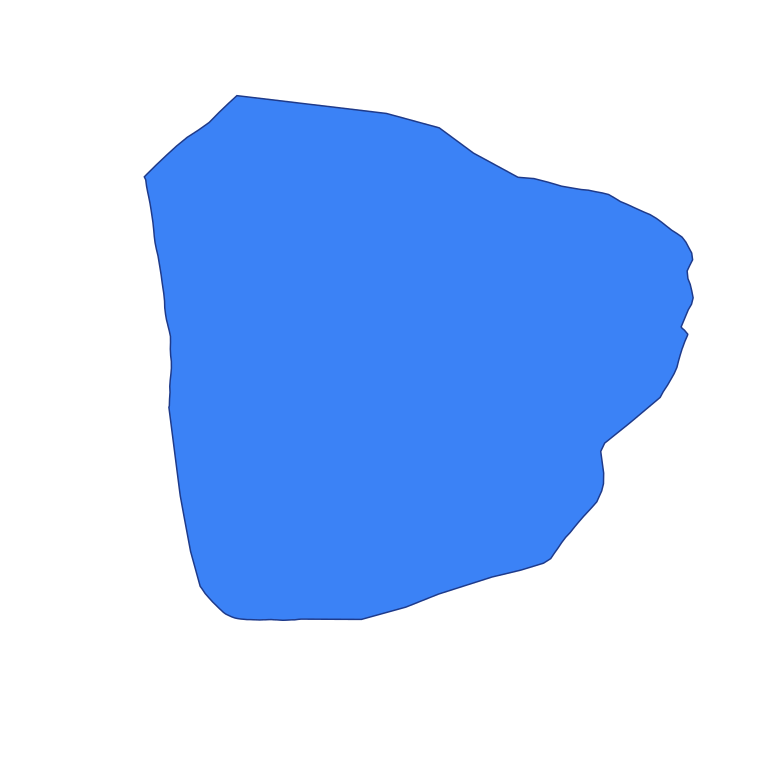 Markhah Al Olya, Shabwah, Yemen (Mercator projection), rotated 14°
{"feature_id": "15242507B22375918016424", "entity_name": "Markhah Al Olya", "entity_type": "district", "adm_level": 2, "iso_a3": "YEM", "parent_name": "Yemen", "parent_adm1": "Shabwah", "projection": "mercator", "projection_center": [45.924, 14.502], "detail": "fine", "context": "isolated", "style": "filled", "palette": "blue", "viewbox_px": 768, "rotation_deg": 14, "n_neighbors": 0, "source": "geoboundaries", "source_scale": "gbopen_adm2", "svg_char_len": 2258}
<svg xmlns="http://www.w3.org/2000/svg" viewBox="0 0 768 768"><g transform="rotate(14 384 384)"><path d="M278.9,641.9L280.4,642.7L283.2,644.3L283.6,644.5L286.1,645.5L289.5,646.2L292.7,646.8L295.9,647.1L298.7,647.0L301.8,646.7L305.6,646.1L308.3,645.7L311.0,645.0L314.5,644.3L317.7,643.6L320.6,643.0L323.2,642.2L325.9,641.5L328.8,640.6L331.7,639.8L334.3,639.4L337.0,638.8L339.9,638.3L343.1,637.7L345.9,636.9L348.5,636.1L351.4,635.2L354.5,634.4L357.5,633.2L360.4,632.2L419.0,617.9L459.2,595.2L487.5,574.8L535.4,545.2L562.1,531.3L582.2,519.2L588.0,513.1L590.2,507.0L592.6,500.9L594.7,495.0L597.3,488.9L600.5,483.2L603.7,476.2L606.6,470.2L609.6,464.3L612.8,458.5L615.8,453.0L619.0,446.8L619.9,441.7L621.1,435.1L621.1,427.7L618.7,417.3L610.6,397.0L612.4,388.0L632.3,361.8L655.2,330.2L656.8,323.9L659.4,316.5L661.3,309.9L663.0,303.8L664.2,297.0L664.2,290.5L664.4,284.1L664.8,277.0L664.9,276.8L665.6,270.1L666.7,263.6L666.7,262.2L662.5,259.1L659.8,257.8L658.5,256.7L661.3,238.3L663.1,232.2L663.1,225.6L660.2,219.4L657.0,213.2L653.4,208.2L650.8,201.0L652.0,194.9L653.4,188.8L650.9,182.5L646.7,177.9L642.6,173.3L637.7,169.4L631.8,167.1L626.0,165.2L620.0,162.5L614.1,159.8L612.9,159.3L608.2,157.4L601.3,155.3L594.9,154.3L588.8,153.2L582.8,152.1L580.9,151.7L576.0,150.8L569.3,149.8L563.0,147.8L556.1,145.8L549.6,145.8L543.3,146.2L535.4,146.5L528.3,147.6L520.7,148.2L508.4,149.1L502.1,148.8L494.2,148.5L479.5,148.4L479.3,148.5L464.0,151.0L414.9,138.3L375.7,122.1L320.9,120.9L171.5,139.8L165.3,149.2L158.3,160.3L151.1,172.5L142.6,182.4L133.4,192.2L125.2,203.2L117.7,214.5L110.1,226.4L103.4,237.4L101.3,241.0L103.4,243.5L105.7,249.4L108.2,254.8L110.6,259.7L113.2,265.2L115.7,271.0L118.2,277.0L120.7,283.1L122.0,286.7L123.6,291.1L125.4,296.4L127.7,302.3L130.6,308.4L133.7,314.3L136.4,320.5L139.2,327.0L141.5,332.4L143.9,338.5L146.1,343.9L148.4,349.4L151.0,356.6L152.8,363.0L155.2,369.3L157.5,374.5L159.8,378.7L160.1,379.4L162.9,384.6L165.3,389.5L166.8,395.3L168.2,401.7L170.1,408.0L172.2,413.5L173.9,420.1L174.8,425.7L175.6,431.7L176.7,438.1L178.4,443.9L179.6,450.7L181.0,457.1L180.9,458.6L211.5,537.1L213.5,542.1L222.2,561.3L236.8,593.2L254.6,624.8L256.8,626.6L261.2,630.6L265.8,633.8L270.4,636.9L278.9,641.9Z" fill="#3b82f6" stroke="#1e3a8a" stroke-width="1.5"/></g></svg>